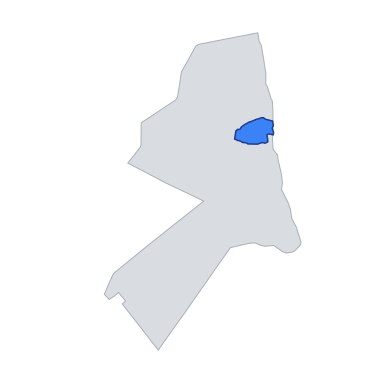 where Tafilah sits in Jordan, rotated 159°
{"feature_id": "JOR-852", "entity_name": "Tafilah", "entity_type": "Province", "adm_level": 1, "iso_a3": "JOR", "parent_name": "Jordan", "parent_adm1": "", "projection": "albers", "projection_center": [35.57, 30.801], "detail": "fine", "context": "in_parent", "style": "filled", "palette": "blue", "viewbox_px": 384, "rotation_deg": 159, "n_neighbors": 0, "source": "natural_earth", "source_scale": "10m", "svg_char_len": 2135}
<svg xmlns="http://www.w3.org/2000/svg" viewBox="0 0 384 384"><g transform="rotate(159 192 192)"><path d="M119.9,99.9L125.8,101.2L129.1,104.2L134.7,112.7L143.4,115.2L146.9,117.6L151.7,122.1L157.5,123.7L176.0,126.3L190.6,116.6L202.8,108.4L216.7,99.0L226.2,92.6L242.2,81.7L252.8,74.8L266.6,65.6L280.2,56.5L284.5,70.6L288.6,84.4L293.0,98.6L297.2,112.5L293.1,113.9L296.7,124.5L302.0,122.7L307.8,121.3L310.5,128.0L302.7,136.0L294.9,143.7L293.0,144.6L282.6,148.0L261.3,155.0L247.0,159.6L228.7,165.4L213.4,170.2L198.3,174.9L184.3,179.3L192.4,187.9L204.9,201.1L213.3,209.9L223.2,221.2L232.1,231.3L241.6,242.0L235.2,245.8L224.6,252.1L223.5,253.2L222.6,254.4L218.4,265.3L215.0,273.9L213.9,275.0L198.9,278.3L183.8,281.7L174.2,283.8L171.4,286.0L165.2,296.7L158.9,307.8L148.1,316.8L136.2,326.8L133.2,327.5L124.5,326.0L109.6,323.4L95.3,320.9L85.4,319.1L73.5,317.0L75.3,308.6L74.8,304.0L77.7,289.2L79.4,282.1L80.3,276.9L84.4,266.4L83.9,263.0L84.8,250.8L84.4,248.5L86.3,241.9L89.8,232.3L93.2,224.0L94.4,220.3L97.9,212.4L101.0,202.8L99.4,197.5L98.9,196.5L100.2,190.4L101.6,180.5L102.5,175.2L104.3,168.1L107.6,162.1L106.1,148.0L106.3,140.5L108.3,131.8L107.2,121.7L108.1,107.3L108.3,105.9L109.5,104.2L110.4,103.3L117.1,100.3L119.9,99.9Z" fill="#d9dde1" stroke="#a8b0b8" stroke-width="1"/><path d="M91.3,229.3L91.7,227.8L92.0,226.1L92.2,225.4L92.5,224.6L93.0,224.1L93.9,223.3L94.2,222.7L94.4,221.3L94.4,219.8L94.5,218.4L95.2,216.9L95.9,216.3L96.3,216.6L99.1,218.5L99.8,218.7L100.8,218.8L101.4,218.4L101.8,217.8L102.2,215.2L102.7,213.5L103.0,212.2L103.3,211.7L103.8,211.5L104.5,211.6L105.5,211.4L106.2,211.5L106.8,211.6L107.4,212.2L108.2,212.7L109.0,213.0L113.7,213.2L122.5,216.8L122.9,217.1L123.1,217.5L123.3,217.9L123.8,218.4L124.5,218.9L126.5,219.8L127.1,220.2L127.5,220.7L128.1,221.6L128.5,222.1L130.9,223.8L133.2,226.2L129.1,233.3L127.0,234.1L125.6,233.5L125.0,233.5L124.4,233.6L123.7,234.1L123.2,234.6L122.4,235.1L118.5,236.1L113.3,236.8L111.4,236.6L105.9,236.8L103.7,236.5L101.4,236.5L100.2,236.4L99.6,236.2L98.8,235.8L98.1,234.9L97.4,233.7L96.7,233.1L95.9,232.6L92.1,229.9L91.3,229.3Z" fill="#3b82f6" stroke="#1e3a8a" stroke-width="1.5"/></g></svg>